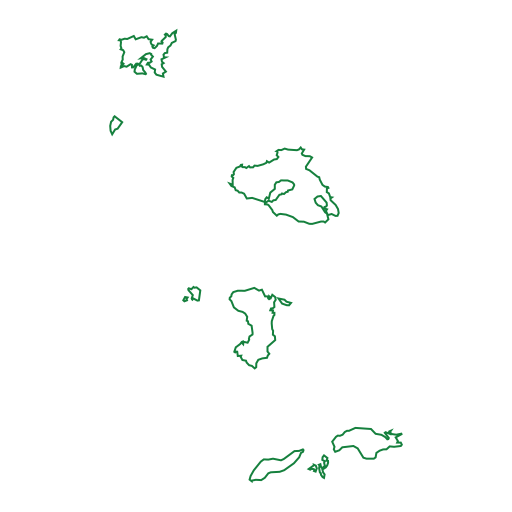 outline of Voreioy Aigaioy, Voreio Aigaio, Greece
{"feature_id": "26713481B43979888680650", "entity_name": "Voreioy Aigaioy", "entity_type": "district", "adm_level": 2, "iso_a3": "GRC", "parent_name": "Greece", "parent_adm1": "Voreio Aigaio", "projection": "mercator", "projection_center": [26.018, 38.772], "detail": "fine", "context": "isolated", "style": "outline", "palette": "green", "viewbox_px": 512, "rotation_deg": 0, "n_neighbors": 0, "source": "geoboundaries", "source_scale": "gbopen_adm2", "svg_char_len": 6011}
<svg xmlns="http://www.w3.org/2000/svg" viewBox="0 0 512 512"><path d="M301.9,149.3L300.7,147.5L298.9,149.5L296.9,150.2L288.1,149.6L284.7,148.6L281.3,150.1L278.5,149.9L276.6,151.2L277.3,151.4L277.5,152.6L276.7,155.2L278.4,157.0L276.8,159.1L274.1,159.5L269.1,162.6L266.9,161.2L266.4,162.8L263.3,164.3L257.6,165.9L254.5,165.6L253.1,167.3L250.1,167.4L249.0,166.1L246.3,168.0L244.9,167.1L242.6,167.1L241.9,166.6L242.1,164.7L240.9,164.9L239.9,166.5L236.4,167.8L233.6,172.0L233.9,174.2L233.2,175.1L231.9,175.2L231.7,176.5L233.3,177.9L232.6,179.9L232.7,184.7L229.7,183.6L231.4,186.0L234.7,187.4L235.7,190.2L237.6,190.7L239.2,192.5L241.5,192.5L244.1,193.7L246.8,198.5L252.2,197.9L263.9,201.7L264.9,201.2L265.3,199.1L266.7,197.3L268.8,198.6L270.3,192.6L274.8,188.9L274.8,184.7L276.4,182.3L278.9,182.0L281.0,180.4L287.8,180.5L292.5,182.4L294.1,184.4L294.2,185.4L292.3,189.4L288.0,190.5L287.7,191.8L286.1,192.1L284.0,194.0L282.0,193.5L281.6,194.3L279.4,194.8L275.7,200.0L273.4,200.3L271.8,201.9L268.5,200.7L264.9,203.2L264.9,204.3L267.6,204.5L268.7,205.3L272.3,210.1L272.9,212.0L276.8,215.7L278.3,214.4L280.4,213.9L286.0,214.6L292.9,217.1L298.6,221.5L303.9,221.7L309.3,223.8L312.2,223.9L321.2,221.5L323.6,221.5L325.1,222.5L328.4,219.3L327.0,213.6L325.1,212.3L321.4,206.5L317.9,205.2L315.7,202.7L314.5,199.0L317.5,196.5L320.9,196.0L326.6,202.6L326.9,205.3L326.4,206.3L324.4,207.1L324.2,208.5L327.0,209.3L325.9,210.9L327.9,215.1L331.6,214.0L335.5,215.9L337.5,215.8L338.7,213.0L338.0,209.0L335.6,204.9L330.6,200.2L330.4,198.5L331.9,197.4L330.2,197.1L328.9,193.4L326.8,192.1L326.9,188.6L328.4,187.9L327.9,187.0L324.9,186.6L322.5,184.9L319.8,179.7L319.2,177.2L317.5,176.7L309.5,170.3L306.1,168.9L305.9,166.7L312.1,157.5L309.8,156.2L305.4,156.1L302.4,154.8L301.8,153.5L304.1,149.6L301.9,149.3ZM254.3,287.9L244.8,290.8L237.9,290.7L233.3,292.1L231.6,294.4L231.3,296.3L229.8,297.7L229.6,299.3L231.4,301.1L233.9,307.4L238.3,310.8L242.6,311.9L245.2,313.6L247.2,316.8L246.7,320.7L248.0,321.3L248.3,323.8L251.6,325.7L252.6,333.0L252.5,334.5L249.5,336.5L248.9,338.9L249.2,339.7L247.6,342.7L243.5,341.8L243.2,344.2L242.3,343.2L242.6,341.6L241.8,341.9L240.2,344.0L235.8,347.3L234.3,351.8L235.2,352.4L236.1,351.6L237.2,351.7L237.8,356.0L241.2,355.7L240.7,356.9L242.4,360.0L246.0,360.7L246.6,362.5L249.1,365.2L251.9,365.9L254.7,368.4L256.2,367.2L256.3,363.3L258.3,359.8L262.3,358.4L267.0,357.8L267.8,355.5L269.3,353.8L267.5,351.5L267.5,346.8L275.2,340.1L274.9,336.3L272.9,334.7L273.1,330.8L272.2,329.1L271.7,323.5L271.8,321.1L273.5,315.9L274.4,315.0L274.4,312.8L272.6,312.8L273.0,310.5L270.3,310.3L271.0,308.5L272.8,308.3L274.4,307.0L274.1,302.3L275.7,299.8L275.2,297.1L272.3,294.8L270.9,297.8L269.4,296.5L269.6,299.0L269.1,299.2L268.2,298.4L267.8,296.4L265.1,296.4L261.9,289.7L259.0,290.6L254.3,287.9ZM175.9,39.7L174.6,34.1L175.9,32.9L176.2,30.7L172.3,33.2L169.9,36.4L168.7,36.1L167.2,34.1L166.0,33.6L164.9,34.6L165.8,35.6L165.7,37.1L161.7,40.9L161.5,41.5L162.6,42.5L162.3,43.6L158.1,43.5L156.9,46.0L154.6,48.2L153.0,47.8L152.4,46.7L153.6,45.4L151.7,44.6L150.9,43.0L150.6,41.8L152.1,39.7L148.6,39.2L146.7,36.3L144.0,37.7L141.4,37.2L135.7,39.3L133.8,36.0L127.2,39.0L124.7,38.7L121.4,39.8L119.6,39.3L119.0,40.2L120.4,40.3L121.0,42.1L120.6,45.9L121.4,48.3L120.7,49.3L123.2,50.2L124.3,52.2L122.6,56.5L122.7,59.6L121.3,62.6L121.4,63.4L122.1,62.6L123.5,63.8L120.9,66.1L120.7,67.6L124.1,66.1L126.6,66.7L130.6,64.2L131.9,64.8L132.0,67.4L133.2,67.4L136.2,63.7L137.8,63.6L138.6,64.3L136.7,65.3L134.8,69.4L134.5,71.7L136.9,73.8L142.4,73.4L145.6,74.2L146.0,73.8L145.3,72.5L143.2,70.0L142.6,67.1L141.3,65.6L139.8,65.8L139.2,64.6L142.4,59.6L144.1,59.1L146.0,59.8L146.4,59.2L143.6,57.9L140.7,58.3L146.0,54.1L149.7,53.2L151.2,54.0L151.1,54.7L152.9,56.6L150.6,59.5L151.6,61.5L149.9,62.7L147.9,62.8L146.9,64.5L148.9,64.6L150.9,67.5L155.1,69.5L154.7,72.5L156.4,74.7L163.5,76.7L162.9,73.5L165.9,71.6L162.1,66.9L161.7,64.3L163.6,63.1L162.0,61.8L161.5,59.3L165.5,57.4L164.0,57.3L163.5,54.7L164.8,53.1L167.2,52.7L167.4,49.2L168.2,47.3L170.5,45.5L171.8,42.9L175.5,41.1L175.9,39.7ZM371.0,429.0L355.4,427.9L349.0,430.8L347.0,430.8L344.8,432.0L342.6,434.7L339.9,435.8L337.8,435.6L336.0,436.8L332.2,441.7L334.5,446.8L333.8,449.3L335.2,451.8L339.3,450.3L342.3,447.3L353.4,446.0L357.7,448.4L363.4,457.7L366.6,458.7L373.8,458.7L375.6,457.4L376.4,452.9L379.6,450.7L383.2,449.4L386.5,449.3L389.7,446.4L394.1,446.8L400.8,446.0L401.8,444.7L400.8,442.6L397.2,442.6L397.9,441.1L395.7,437.4L401.5,434.2L401.3,433.7L396.3,434.7L392.0,434.1L390.3,432.8L390.2,431.7L390.9,430.7L389.3,431.4L388.8,432.6L389.4,433.7L385.6,432.2L384.8,432.8L388.8,438.0L388.3,439.1L387.3,439.3L385.3,437.1L381.4,434.8L375.6,433.8L371.0,429.0ZM303.5,450.1L302.9,449.4L299.1,450.9L294.5,451.1L283.8,459.0L281.0,460.3L273.0,458.7L268.3,459.6L263.8,459.4L260.8,461.6L253.8,470.3L250.6,476.0L249.6,479.6L251.8,481.3L251.9,480.6L255.8,479.8L261.2,480.1L264.8,477.8L268.3,473.3L270.8,472.3L279.7,471.8L284.2,470.2L293.9,463.3L299.2,457.3L301.0,452.9L303.0,451.8L303.5,450.1ZM112.2,134.3L115.1,129.5L117.6,128.7L122.2,122.2L114.6,116.3L113.6,117.4L113.1,119.8L111.1,121.8L110.2,125.9L110.6,130.8L112.2,134.3ZM193.5,287.0L191.4,289.2L188.8,288.3L188.2,289.0L188.5,290.2L192.8,295.1L191.7,298.4L192.0,299.3L192.4,299.7L193.4,298.5L197.4,300.6L198.9,300.4L200.3,290.4L196.6,287.4L194.4,287.7L193.5,287.0ZM326.5,460.7L327.4,458.0L324.0,455.4L322.6,457.2L322.3,459.9L324.8,461.2L324.1,462.9L324.9,465.8L322.1,468.3L321.0,466.8L320.4,464.2L318.9,464.8L319.6,465.6L319.1,468.1L319.9,472.5L320.8,473.1L321.0,474.8L322.6,477.1L324.0,477.9L324.6,474.4L323.1,472.4L322.4,469.5L325.8,467.4L327.2,465.4L328.1,462.7L328.0,460.8L326.5,460.7ZM284.5,299.7L278.5,298.5L282.1,303.6L286.7,305.2L289.0,305.3L291.0,302.9L286.5,301.7L284.5,299.7ZM316.8,468.3L315.8,465.6L313.8,464.7L313.9,465.3L308.7,469.0L310.2,469.7L311.5,468.9L313.8,469.1L314.5,470.0L314.0,471.0L315.6,471.6L316.8,468.3ZM184.4,301.3L187.0,300.3L186.5,299.0L187.6,297.5L185.1,297.0L183.3,300.3L184.4,301.3Z" fill="none" stroke="#15803d" stroke-width="2"/></svg>